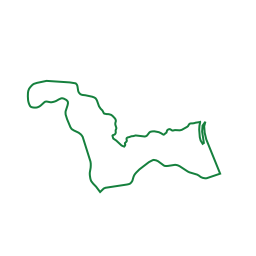 SVG path tracing the border of Margibi, rotated 234°
{"feature_id": "LBR-789", "entity_name": "Margibi", "entity_type": "County", "adm_level": 1, "iso_a3": "LBR", "parent_name": "Liberia", "parent_adm1": "", "projection": "orthographic", "projection_center": [-10.158, 6.461], "detail": "fine", "context": "isolated", "style": "outline", "palette": "green", "viewbox_px": 256, "rotation_deg": 234, "n_neighbors": 0, "source": "natural_earth", "source_scale": "10m", "svg_char_len": 2824}
<svg xmlns="http://www.w3.org/2000/svg" viewBox="0 0 256 256"><g transform="rotate(234 128 128)"><path d="M90.5,189.9L90.3,189.8L87.8,187.1L84.9,184.7L78.4,180.7L75.1,179.4L71.3,179.1L71.3,180.6L81.6,185.9L86.1,189.7L87.6,194.3L84.6,190.6L79.0,187.2L72.7,184.6L36.9,175.7L41.1,162.2L41.6,161.3L42.4,160.4L43.8,159.1L44.8,158.5L45.7,158.0L48.0,157.3L49.7,156.5L56.1,151.6L57.6,150.8L66.8,147.3L68.4,146.4L69.2,145.8L70.5,144.5L73.8,138.1L74.8,136.5L75.8,135.4L76.5,135.0L83.4,132.8L84.3,132.3L85.2,131.8L86.6,130.5L87.3,129.7L87.7,127.7L88.1,124.7L87.8,113.0L87.1,108.5L86.7,106.8L86.1,105.2L85.2,103.7L82.8,100.6L82.5,100.0L82.0,98.5L81.8,97.0L82.1,95.7L82.9,93.9L92.9,74.6L93.3,72.8L92.6,67.8L99.2,67.7L103.5,67.1L106.5,67.0L107.8,67.3L109.4,67.9L112.1,69.3L113.5,70.2L114.5,71.0L117.8,74.4L119.5,75.8L121.2,77.0L122.9,77.9L147.4,86.1L148.9,86.2L150.5,86.1L153.2,85.3L157.8,82.8L160.0,81.9L160.7,81.8L162.5,81.9L170.9,83.9L175.4,85.4L176.1,85.8L177.6,86.8L178.3,87.5L181.7,92.2L183.1,93.8L183.8,94.3L184.5,94.7L185.6,94.8L186.9,94.6L189.2,93.5L190.3,92.7L191.0,91.9L191.3,91.2L191.8,88.8L192.1,85.9L192.5,84.3L193.1,82.7L193.8,81.2L194.3,80.5L197.2,77.8L197.7,77.0L198.0,76.2L198.0,75.4L197.5,70.8L197.5,69.0L197.7,68.0L197.9,67.1L198.2,66.3L198.6,65.5L199.6,64.1L201.0,62.7L201.8,62.1L202.5,61.8L203.3,61.7L204.1,61.8L206.0,62.2L207.7,62.8L209.2,63.5L212.5,65.6L215.2,67.7L216.6,69.1L217.2,70.0L217.8,70.9L218.2,72.0L218.6,73.4L219.0,75.4L219.1,76.7L219.0,77.9L218.0,80.9L214.0,89.8L199.1,107.7L194.9,111.9L194.1,112.0L193.3,112.1L192.6,112.0L191.9,111.8L191.2,111.5L187.3,109.5L186.3,109.2L185.3,109.1L183.6,109.3L182.5,109.8L181.5,110.6L179.6,112.7L174.4,117.4L172.6,118.6L171.2,119.2L169.6,119.2L168.0,118.9L162.6,117.3L159.7,117.2L157.2,117.6L154.0,117.1L153.4,117.4L151.7,119.0L151.0,120.0L150.1,120.9L148.5,122.1L146.9,122.6L144.0,123.0L142.5,123.0L141.3,122.6L140.6,122.1L139.5,120.7L138.9,120.2L138.1,119.7L135.1,118.7L134.6,118.4L134.2,117.9L133.9,117.4L133.6,116.9L133.1,116.4L131.6,115.5L131.1,114.9L130.7,114.1L130.6,113.3L130.8,112.5L131.0,111.9L131.1,111.4L131.0,111.0L130.2,110.6L128.1,109.9L124.8,111.1L117.7,112.5L116.1,113.4L115.2,114.0L115.6,115.4L116.2,116.0L117.0,116.2L117.6,116.7L117.9,118.6L118.3,119.5L120.1,120.4L120.6,121.1L120.6,122.0L119.9,123.8L119.3,125.9L118.3,127.6L117.5,129.8L111.3,136.5L110.9,137.4L110.7,138.5L110.9,139.6L111.8,142.6L111.8,143.8L111.1,145.4L109.9,147.3L106.5,150.5L104.3,151.7L102.3,152.5L101.6,153.0L101.5,153.8L101.7,154.7L101.7,155.5L101.7,156.4L102.2,157.1L102.8,157.8L103.2,158.8L103.1,160.0L102.5,161.2L101.5,161.7L100.3,162.1L99.6,162.7L98.7,164.8L95.7,168.5L95.3,169.4L94.9,170.4L94.2,176.3L94.2,177.5L95.0,179.4L95.2,180.3L94.9,181.3L93.5,183.4L92.9,184.7L92.6,185.7L90.6,189.6L90.5,189.9L90.5,189.9Z" fill="none" stroke="#15803d" stroke-width="2"/></g></svg>